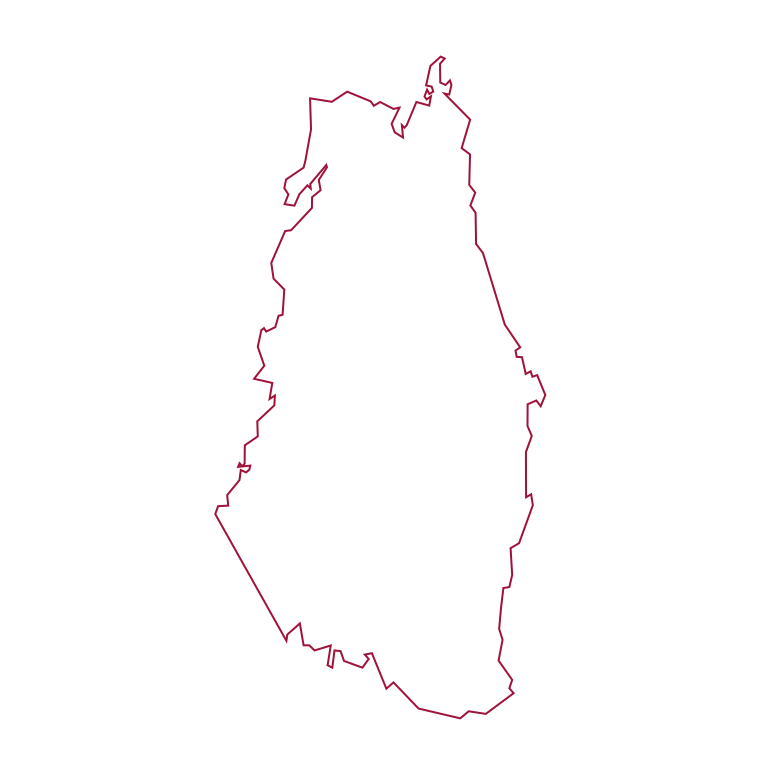 outline of Aulejas pag., Kraslavas, Latvia, rotated 93°
{"feature_id": "27541924B14903693215581", "entity_name": "Aulejas pag.", "entity_type": "district", "adm_level": 2, "iso_a3": "LVA", "parent_name": "Latvia", "parent_adm1": "Kraslavas", "projection": "equal_earth", "projection_center": [27.253, 56.05], "detail": "medium", "context": "isolated", "style": "outline", "palette": "rose", "viewbox_px": 768, "rotation_deg": 93, "n_neighbors": 0, "source": "geoboundaries", "source_scale": "gbopen_adm2", "svg_char_len": 1934}
<svg xmlns="http://www.w3.org/2000/svg" viewBox="0 0 768 768"><g transform="rotate(93 384 384)"><path d="M340.3,249.9L318.3,266.5L248.1,292.0L239.3,299.4L208.2,301.5L201.2,307.1L188.1,302.9L180.7,309.3L150.2,310.1L144.4,318.8L115.5,311.8L90.8,338.8L91.5,334.0L81.9,332.3L77.4,334.0L82.2,338.2L80.0,343.6L61.2,344.8L55.8,340.4L54.1,344.5L63.9,354.3L83.6,357.6L84.5,352.0L89.4,350.1L92.0,353.9L87.8,356.4L94.8,358.6L97.6,356.3L94.3,352.2L103.6,353.4L100.7,366.4L124.5,374.9L127.0,377.0L124.5,379.7L136.9,377.9L132.1,386.5L123.8,390.0L107.2,383.0L108.8,389.0L102.6,402.6L106.7,408.7L102.4,412.1L94.0,436.1L104.9,450.9L102.6,472.8L133.5,470.2L165.1,474.2L172.1,475.6L184.9,492.5L193.6,493.8L199.7,489.4L209.6,492.7L210.6,482.8L198.9,478.4L189.6,470.9L192.7,467.4L188.1,468.1L168.3,453.1L170.6,452.3L183.6,459.8L193.8,457.5L201.2,465.6L211.9,465.2L235.3,484.8L236.4,490.7L269.0,502.9L284.6,499.8L294.9,488.5L320.2,488.9L321.4,492.9L332.9,495.5L337.8,504.4L334.5,506.8L336.7,509.3L353.5,512.0L372.0,504.5L385.6,514.0L388.8,495.6L405.0,497.5L401.2,492.4L411.1,492.4L427.9,508.6L442.9,507.3L452.5,519.8L470.9,519.0L473.5,521.2L470.7,524.1L474.4,525.4L472.5,513.2L476.6,514.0L479.5,517.1L477.4,522.5L487.5,523.3L503.2,534.8L513.6,533.2L514.7,543.3L522.7,545.7L645.6,468.0L639.2,467.4L627.5,455.5L649.2,450.6L648.9,444.9L653.7,439.4L647.9,423.5L667.8,425.6L670.0,420.8L652.7,419.5L653.0,413.4L662.7,409.4L668.4,390.7L659.4,384.9L655.2,389.0L653.5,382.0L688.1,365.7L681.5,358.9L706.3,332.5L713.9,290.4L706.4,282.3L708.1,265.1L686.0,238.4L681.3,242.9L672.8,240.5L654.2,255.1L633.3,252.2L622.5,256.2L601.1,255.4L581.5,254.1L580.2,248.2L568.0,246.0L541.3,249.0L535.9,240.8L497.2,229.0L486.4,231.3L489.7,236.2L444.5,238.7L428.1,233.7L418.4,238.5L396.7,239.5L392.5,231.0L398.0,226.4L386.6,222.3L367.1,231.5L369.0,236.2L363.7,238.2L366.5,243.0L350.0,247.6L350.0,252.9L343.7,254.4L340.3,249.9Z" fill="none" stroke="#9f1239" stroke-width="2"/></g></svg>